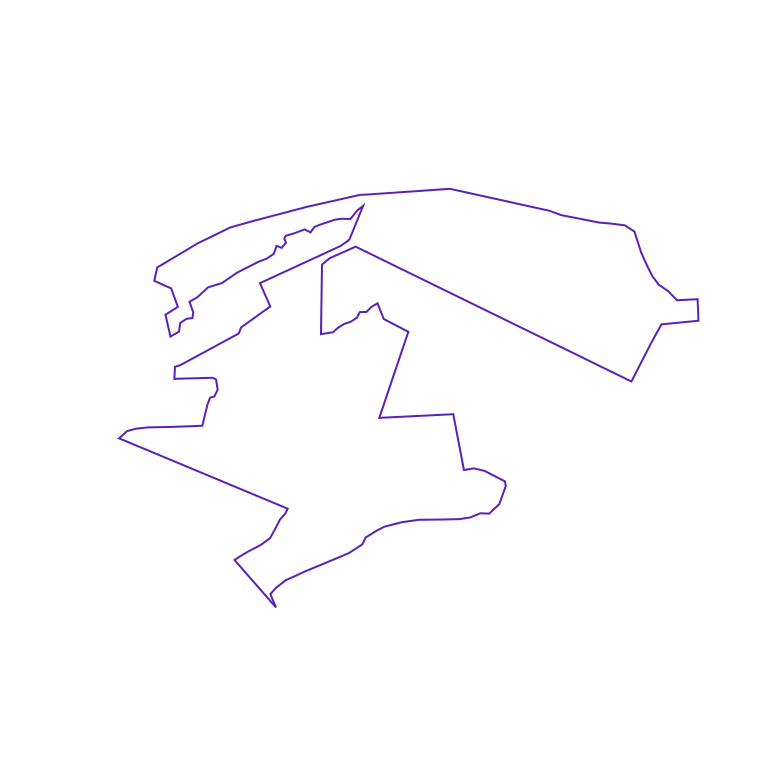 Sergeli, Tashkent, Uzbekistan (orthographic projection), rotated 26°
{"feature_id": "79887680B58716268454454", "entity_name": "Sergeli", "entity_type": "district", "adm_level": 2, "iso_a3": "UZB", "parent_name": "Uzbekistan", "parent_adm1": "Tashkent", "projection": "orthographic", "projection_center": [69.201, 41.185], "detail": "fine", "context": "isolated", "style": "outline", "palette": "violet", "viewbox_px": 768, "rotation_deg": 26, "n_neighbors": 0, "source": "geoboundaries", "source_scale": "gbopen_adm2", "svg_char_len": 1773}
<svg xmlns="http://www.w3.org/2000/svg" viewBox="0 0 768 768"><g transform="rotate(26 384 384)"><path d="M605.3,273.3L606.1,231.4L607.2,208.8L638.9,189.3L628.7,170.3L610.6,180.3L599.2,176.1L587.3,174.2L578.0,169.5L568.3,162.1L557.4,153.0L542.3,137.2L530.8,135.8L516.1,140.9L506.9,144.5L469.3,154.5L456.7,155.8L357.6,179.7L284.4,221.9L279.5,224.5L236.9,258.7L195.9,294.0L177.3,310.6L154.9,339.2L129.1,378.7L132.3,392.0L150.8,391.4L164.9,405.0L157.2,417.5L171.3,435.0L176.8,426.8L174.1,418.5L177.9,412.0L182.9,408.8L181.2,403.3L173.1,395.3L178.0,388.3L183.6,374.1L194.0,364.5L203.3,348.1L217.5,329.3L223.6,322.8L227.9,315.2L226.9,306.9L232.3,306.5L234.0,299.9L230.7,297.1L230.8,293.8L237.3,287.9L244.9,279.8L251.5,280.0L252.6,273.4L255.9,269.6L261.9,263.7L267.9,257.8L273.4,254.1L281.5,250.4L283.8,240.0L287.1,233.0L289.6,269.4L284.7,278.7L228.3,347.7L247.8,364.2L230.8,395.7L231.3,402.3L192.5,456.5L188.6,460.2L193.4,471.4L195.1,470.3L227.3,453.5L231.1,453.6L237.0,462.0L237.0,469.7L233.7,472.4L234.3,479.6L239.0,501.2L213.4,514.9L191.0,526.4L180.1,533.3L173.6,539.2L169.7,549.0L352.1,538.3L352.1,543.8L349.9,551.5L349.8,559.2L349.2,572.4L343.8,582.7L335.0,594.6L329.8,602.6L326.8,607.7L384.9,632.2L374.0,622.7L376.3,614.5L381.7,603.5L395.4,586.8L410.2,570.1L426.6,551.3L434.8,537.7L434.8,530.0L442.0,518.6L446.9,512.1L460.6,500.4L474.8,490.8L484.1,486.1L497.7,479.3L510.8,472.5L520.1,466.1L527.2,458.0L535.4,454.4L540.3,441.3L538.2,422.5L535.5,418.5L525.2,418.3L512.6,418.0L501.8,420.4L493.6,426.3L459.5,380.8L394.6,416.5L383.0,326.4L355.3,325.7L342.8,314.3L338.9,320.3L336.7,326.9L330.7,330.0L330.7,336.1L326.9,342.6L321.9,347.4L318.1,353.4L315.4,359.9L305.5,366.8L275.9,303.8L280.2,294.5L298.3,273.0L605.3,273.3Z" fill="none" stroke="#5b21b6" stroke-width="2"/></g></svg>